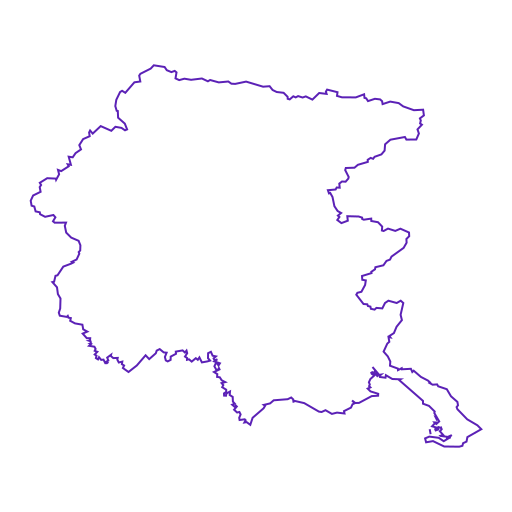 Friuli Venezia Giulia, Udine, Italy (Natural Earth projection)
{"feature_id": "23120603B53770696546298", "entity_name": "Friuli Venezia Giulia", "entity_type": "district", "adm_level": 2, "iso_a3": "ITA", "parent_name": "Italy", "parent_adm1": "Udine", "projection": "natural_earth1", "projection_center": [13.386, 46.114], "detail": "fine", "context": "isolated", "style": "outline", "palette": "violet", "viewbox_px": 512, "rotation_deg": 0, "n_neighbors": 0, "source": "geoboundaries", "source_scale": "gbopen_adm2", "svg_char_len": 5976}
<svg xmlns="http://www.w3.org/2000/svg" viewBox="0 0 512 512"><path d="M250.3,424.8L252.6,417.8L263.6,408.3L265.1,405.8L263.8,404.9L270.1,403.4L273.7,400.3L287.7,399.2L291.2,397.5L293.2,399.4L293.6,402.7L293.3,400.6L304.2,403.1L318.9,411.6L321.6,412.0L325.5,410.2L331.9,413.9L337.0,412.6L344.5,413.5L344.0,411.1L351.0,407.6L352.5,404.3L354.6,403.3L352.1,400.5L355.3,403.0L359.0,402.9L371.7,396.1L378.1,395.7L378.2,393.8L370.5,391.4L367.7,388.6L370.4,387.4L369.1,386.1L369.8,384.5L368.9,382.3L370.4,379.0L376.0,374.0L377.5,376.4L377.8,376.6L376.1,373.3L373.9,375.1L371.8,373.9L371.3,372.8L372.2,372.2L373.3,373.4L374.8,371.3L376.7,372.2L372.5,367.0L379.2,374.9L381.0,374.6L379.6,375.8L379.9,377.0L385.5,377.7L385.9,375.2L392.3,379.0L400.4,379.3L399.1,380.0L423.0,400.9L423.0,403.7L429.0,405.9L434.7,411.5L434.3,413.0L439.2,421.4L436.3,424.0L435.4,423.2L436.4,422.5L434.4,422.4L435.0,423.1L432.1,426.3L437.3,427.8L435.2,429.2L435.7,430.4L438.3,429.5L438.5,427.1L440.5,427.7L440.0,428.5L441.0,427.6L441.7,429.2L439.9,431.3L443.5,435.3L442.9,436.1L441.5,435.5L440.4,435.8L440.5,435.9L447.8,436.9L451.8,435.1L449.2,437.0L450.5,438.0L447.7,437.4L447.1,438.9L445.9,438.6L447.2,439.1L443.7,441.2L438.7,437.8L429.3,436.6L425.1,438.4L426.1,442.3L433.0,441.1L444.2,446.5L459.2,446.7L462.4,445.8L463.1,443.2L466.5,441.6L467.4,437.1L481.3,429.2L477.4,425.3L467.2,419.3L457.4,409.2L456.6,407.1L458.0,405.3L457.4,401.9L451.0,396.3L446.8,389.2L438.2,386.3L437.1,384.4L432.6,384.7L429.4,382.9L430.0,382.4L428.0,380.6L420.9,376.9L413.7,370.7L412.3,372.0L410.9,368.8L401.8,369.3L401.7,368.2L398.0,370.1L397.9,368.6L390.0,365.7L390.3,361.5L387.8,356.4L383.6,351.6L387.3,343.6L389.3,341.8L388.5,337.0L390.4,337.4L389.4,336.0L393.9,333.1L396.6,326.7L401.9,320.1L400.6,314.8L403.3,303.0L400.7,300.7L396.7,303.0L388.4,300.7L385.0,303.0L382.3,308.4L376.4,307.9L374.6,309.6L370.9,308.8L370.4,306.6L367.9,306.0L367.3,304.3L363.5,304.0L356.3,294.7L357.4,292.8L361.4,291.8L365.1,285.0L365.8,280.4L362.3,279.8L362.0,276.0L371.5,273.1L371.3,271.8L375.0,269.3L375.4,267.2L383.4,265.3L386.5,260.9L390.0,259.6L391.5,256.6L403.6,247.9L406.6,242.7L406.4,239.0L409.2,236.2L409.0,232.5L400.4,228.7L395.3,230.9L388.0,228.6L383.6,231.0L381.9,230.5L382.2,226.6L378.0,222.2L371.3,221.0L371.2,218.6L363.8,219.7L362.2,219.0L362.1,217.6L358.6,216.5L347.3,216.2L347.8,220.7L341.4,223.1L337.3,220.0L339.4,217.0L337.9,215.6L341.1,213.0L337.6,211.0L334.4,206.2L332.5,197.0L330.2,192.9L329.0,193.4L327.9,190.2L335.6,189.5L336.7,187.5L339.7,187.7L339.3,183.6L342.0,181.5L345.6,181.7L348.3,178.6L348.7,177.0L345.2,170.1L345.8,168.0L354.5,167.7L357.9,164.8L367.8,161.9L367.7,159.8L370.7,157.9L373.1,158.8L374.6,156.8L381.4,154.4L384.6,150.6L385.1,144.3L390.4,139.7L404.9,137.0L406.4,139.6L416.3,139.5L418.9,133.5L417.5,129.4L421.9,124.7L420.1,123.5L420.8,120.5L419.9,118.4L423.9,115.4L423.1,109.7L413.9,110.2L403.2,106.4L398.7,103.1L390.2,101.6L382.6,104.1L382.1,101.2L380.1,99.4L374.9,98.8L368.0,101.1L366.2,98.3L364.5,97.9L364.1,94.3L355.8,97.4L341.9,97.3L337.0,95.9L337.5,92.2L327.1,89.6L325.9,91.6L326.6,93.9L319.2,93.0L312.4,99.6L305.8,96.4L302.6,97.5L298.1,96.1L295.7,97.4L293.3,96.3L289.7,99.4L287.7,98.8L287.6,96.8L283.6,92.8L276.7,92.0L272.6,90.0L269.6,86.2L263.1,86.7L246.1,81.6L235.2,83.9L231.4,83.7L228.3,81.5L218.8,82.4L210.1,80.0L207.9,81.3L201.9,78.5L191.1,79.8L184.4,78.7L179.2,80.1L175.5,78.4L176.5,72.4L174.7,70.9L171.4,72.1L166.8,70.2L164.6,67.0L153.8,65.3L150.7,68.6L140.4,73.8L139.2,75.6L140.3,81.5L134.4,82.3L125.3,92.8L122.1,90.8L120.1,92.0L116.3,99.8L115.3,106.1L116.7,110.8L117.8,111.0L118.1,117.7L124.8,123.6L127.1,129.4L125.0,130.3L121.5,127.9L115.4,126.8L111.3,130.8L100.7,126.1L92.7,133.6L90.1,130.5L89.1,132.5L89.7,136.2L83.1,139.1L79.3,145.1L81.0,149.4L75.6,153.1L72.7,157.3L68.7,156.7L70.9,164.8L67.7,164.3L68.7,166.3L61.2,171.1L58.0,169.9L59.1,174.3L56.1,179.8L55.8,178.6L47.2,178.2L39.8,182.8L41.1,185.0L39.7,187.1L40.6,191.8L33.1,195.5L30.7,200.7L31.6,205.7L34.3,206.5L35.6,211.4L39.8,212.3L40.1,214.2L45.1,216.8L53.4,215.0L55.4,217.3L53.0,221.3L54.7,222.7L66.0,222.6L64.8,225.8L66.2,232.6L71.2,237.6L78.6,240.8L80.4,245.3L80.2,250.5L78.7,252.1L79.3,253.7L76.6,259.5L71.8,261.8L73.2,262.6L71.0,263.7L63.3,266.6L57.5,275.3L55.5,275.8L54.1,281.7L52.4,282.1L57.0,287.3L57.9,294.1L60.5,298.5L60.2,308.5L58.8,312.7L59.8,315.7L66.8,316.9L67.8,315.9L68.5,317.7L70.8,318.1L70.2,320.8L75.0,323.4L82.4,324.7L83.2,329.3L87.3,331.6L82.7,333.6L86.8,338.2L90.2,338.2L90.0,340.4L88.9,340.7L90.6,341.3L90.9,343.3L90.1,343.6L91.1,344.0L89.1,345.8L94.4,346.7L95.6,348.9L94.7,350.8L97.3,351.8L94.7,354.5L96.5,355.7L95.9,358.1L98.0,359.4L99.0,357.2L101.2,359.9L103.5,359.6L105.3,363.2L106.9,363.2L107.6,362.6L106.6,361.5L108.3,360.5L107.2,357.6L111.0,354.8L110.7,355.9L113.3,358.1L117.7,357.9L117.3,359.6L118.8,362.5L122.3,361.6L121.9,364.2L124.1,365.5L122.9,368.0L128.5,372.0L136.8,365.5L145.6,355.3L149.2,359.1L155.8,353.3L156.7,350.6L159.7,349.1L163.7,352.4L166.6,352.7L164.9,357.0L165.8,360.4L167.7,361.4L170.6,359.9L170.7,356.6L176.0,353.8L175.8,351.6L182.6,350.4L184.9,352.5L186.5,350.6L187.2,353.2L185.0,356.6L187.1,358.0L187.0,359.8L189.0,359.3L191.7,361.6L195.8,358.2L197.8,359.8L199.4,357.4L201.9,362.4L207.4,361.4L210.1,360.6L208.0,358.2L208.1,353.2L210.9,351.8L212.6,355.7L215.9,356.4L213.6,358.4L214.5,360.3L217.4,359.3L214.3,361.4L219.9,363.3L218.5,365.5L217.1,363.3L215.6,363.7L214.4,366.3L216.4,369.9L217.6,370.2L218.9,368.1L219.5,369.4L214.0,372.0L217.3,374.1L217.1,376.9L219.8,377.3L221.7,380.3L225.2,382.1L221.6,383.1L223.3,385.1L222.2,387.2L226.2,389.7L226.2,391.9L224.0,393.4L224.1,395.6L226.0,395.7L226.4,393.5L230.0,391.5L229.7,395.0L232.7,396.9L232.9,401.6L234.8,403.7L232.2,404.7L234.5,406.7L235.8,405.6L236.8,406.5L234.1,409.7L237.1,412.5L239.4,412.0L240.6,414.4L239.2,417.8L239.6,420.0L244.7,419.3L245.6,420.2L244.4,422.5L246.6,422.1L250.3,424.8ZM436.3,417.7L435.7,417.4L437.3,420.6L436.3,417.7ZM430.6,434.2L429.7,429.2L430.6,434.2Z" fill="none" stroke="#5b21b6" stroke-width="2"/></svg>